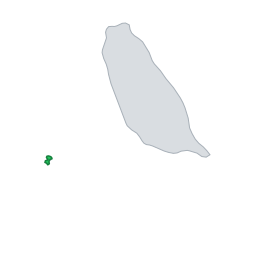 Kinmen on a map of Taiwan (Mercator projection), rotated 310°
{"feature_id": "TWN-3415", "entity_name": "Kinmen", "entity_type": "County", "adm_level": 1, "iso_a3": "TWN", "parent_name": "Taiwan", "parent_adm1": "", "projection": "mercator", "projection_center": [118.347, 24.459], "detail": "fine", "context": "in_parent", "style": "filled", "palette": "green", "viewbox_px": 256, "rotation_deg": 310, "n_neighbors": 0, "source": "natural_earth", "source_scale": "10m", "svg_char_len": 1303}
<svg xmlns="http://www.w3.org/2000/svg" viewBox="0 0 256 256"><g transform="rotate(310 128 128)"><path d="M167.6,175.2L164.9,180.7L162.7,186.6L161.8,192.1L161.9,197.8L161.3,203.0L160.2,208.0L155.9,206.6L153.6,202.9L153.1,197.0L150.0,189.7L148.9,187.7L144.4,183.6L140.4,181.6L137.3,178.6L137.7,178.9L135.4,174.8L133.6,170.5L130.0,158.3L128.8,155.4L127.1,152.7L126.6,150.0L127.2,147.1L128.7,142.6L129.7,138.1L128.9,132.1L129.2,126.0L130.4,123.3L151.0,86.5L156.6,78.6L160.0,74.7L162.9,70.3L165.6,64.8L169.0,59.8L171.4,58.2L183.2,53.6L186.9,49.3L189.8,48.0L193.2,48.0L195.3,50.1L197.3,52.6L199.3,53.9L204.5,56.3L206.8,58.6L207.8,62.6L204.7,66.4L203.1,69.8L202.8,73.6L203.4,78.7L203.4,83.8L199.4,95.7L195.2,103.2L194.0,106.9L192.7,116.1L190.2,125.3L188.1,137.0L184.6,148.9L182.6,153.9L180.1,158.7L174.2,167.8L167.6,175.2ZM53.8,84.4L55.7,87.6L54.9,89.5L48.8,88.5L48.5,86.6L50.8,86.9L53.8,84.4Z" fill="#d9dde1" stroke="#a8b0b8" stroke-width="1"/><path d="M53.2,84.3L54.4,84.1L55.6,85.2L56.4,87.3L56.2,88.7L55.6,89.5L54.4,88.8L53.6,88.5L52.2,88.6L51.1,89.4L50.4,90.4L49.8,90.7L49.2,90.4L48.7,90.4L48.3,90.2L48.2,89.8L48.2,89.7L48.6,89.2L48.7,88.7L48.7,88.3L48.6,87.6L48.3,86.9L48.3,86.5L48.5,86.4L49.8,85.8L51.4,86.8L52.6,86.7L52.8,85.2L53.2,84.3Z" fill="#22c55e" stroke="#15803d" stroke-width="1.5"/></g></svg>